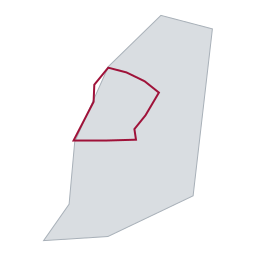 where Saint John sits in Grenada
{"feature_id": "GRD-5073", "entity_name": "Saint John", "entity_type": "Parish", "adm_level": 1, "iso_a3": "GRD", "parent_name": "Grenada", "parent_adm1": "", "projection": "orthographic", "projection_center": [-61.707, 12.147], "detail": "fine", "context": "in_parent", "style": "outline", "palette": "rose", "viewbox_px": 256, "rotation_deg": 0, "n_neighbors": 0, "source": "natural_earth", "source_scale": "10m", "svg_char_len": 426}
<svg xmlns="http://www.w3.org/2000/svg" viewBox="0 0 256 256"><path d="M107.9,236.5L43.6,240.6L69.1,204.2L74.7,142.1L108.4,66.5L160.9,15.4L212.4,28.9L193.1,195.8L107.9,236.5Z" fill="#d9dde1" stroke="#a8b0b8" stroke-width="1"/><path d="M73.6,140.5L93.6,101.8L94.3,84.7L108.2,67.7L126.4,72.4L144.7,81.3L158.9,92.6L145.5,115.3L134.4,129.1L136.0,139.7L107.4,140.5L73.6,140.5Z" fill="none" stroke="#9f1239" stroke-width="2"/></svg>